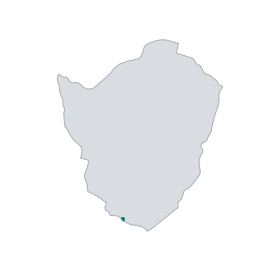 Beitbridge Urban, Matabeleland South, Zimbabwe (highlighted), rotated 15°
{"feature_id": "62879985B8135663934724", "entity_name": "Beitbridge Urban", "entity_type": "district", "adm_level": 2, "iso_a3": "ZWE", "parent_name": "Zimbabwe", "parent_adm1": "Matabeleland South", "projection": "equal_earth", "projection_center": [30.001, -22.204], "detail": "fine", "context": "in_parent", "style": "filled", "palette": "teal", "viewbox_px": 256, "rotation_deg": 15, "n_neighbors": 0, "source": "geoboundaries", "source_scale": "gbopen_adm2", "svg_char_len": 2473}
<svg xmlns="http://www.w3.org/2000/svg" viewBox="0 0 256 256"><g transform="rotate(15 128 128)"><path d="M173.3,222.8L171.4,221.2L168.9,220.2L165.6,219.7L161.4,219.9L156.2,220.8L150.6,219.7L144.7,216.8L139.7,215.7L133.8,217.0L133.5,217.0L132.5,216.0L130.9,213.9L128.2,213.5L127.5,213.0L126.9,212.2L126.5,211.1L126.3,210.0L126.7,206.4L126.5,206.0L125.8,205.6L124.3,205.1L120.7,203.5L116.3,202.0L109.0,200.2L106.2,199.8L105.5,199.3L104.7,197.9L103.3,193.8L101.9,191.1L98.8,186.9L98.3,185.6L98.4,182.3L98.6,179.6L99.0,177.3L98.8,175.2L98.7,172.5L98.8,170.7L98.4,170.0L97.3,169.4L94.0,169.2L90.1,169.3L90.0,166.6L89.6,162.4L88.8,160.0L87.9,158.7L86.1,157.4L82.4,155.6L77.5,152.9L73.2,148.9L68.3,143.8L66.7,143.0L64.9,138.3L62.1,130.2L62.2,127.5L61.8,126.2L59.1,122.2L58.5,120.1L58.0,118.0L53.7,112.2L52.3,109.7L51.1,106.4L50.0,103.8L49.1,102.7L47.9,100.9L47.0,98.9L46.6,97.4L46.9,95.4L47.3,94.0L51.3,95.4L53.6,95.5L55.3,94.8L57.4,95.8L60.0,98.4L62.8,98.9L65.8,97.3L69.8,97.8L75.0,100.4L79.2,100.9L84.3,98.6L88.7,92.1L92.9,86.0L97.1,79.0L99.6,73.3L103.2,68.6L108.1,65.1L113.0,62.1L120.6,58.4L122.1,55.3L122.6,52.0L122.6,47.3L123.0,44.3L123.8,43.0L125.1,41.9L126.7,40.5L131.7,37.0L135.9,34.7L141.0,33.2L146.6,33.2L152.0,33.2L155.0,33.2L155.1,37.7L155.3,42.7L155.9,43.2L159.9,43.3L166.4,43.6L172.7,44.0L176.7,47.6L178.0,48.4L182.2,49.4L187.5,55.4L193.9,56.0L198.2,57.9L202.1,60.0L204.3,62.5L205.8,63.0L207.7,63.2L208.7,63.5L208.4,65.3L207.1,68.3L207.3,72.6L209.0,78.7L209.2,83.9L208.6,93.2L208.6,102.1L208.8,105.3L209.0,107.4L209.4,108.6L209.3,109.9L208.2,113.6L207.4,117.6L207.3,119.2L207.0,120.3L206.4,121.2L203.6,123.1L203.1,124.2L203.1,126.2L203.4,127.9L204.5,128.6L205.7,129.5L206.2,130.8L206.2,132.2L205.8,134.7L204.7,138.8L205.7,143.5L207.0,146.6L208.7,150.2L209.3,152.4L209.3,153.9L209.0,155.5L206.4,162.0L204.6,166.0L202.3,170.3L199.3,173.0L198.5,174.3L198.2,175.8L198.3,179.1L198.1,182.4L195.5,187.6L197.1,192.1L196.7,192.5L195.9,193.1L192.2,198.2L188.5,203.3L185.7,207.0L182.7,211.2L179.2,215.9L176.2,219.9L173.3,222.8Z" fill="#d9dde1" stroke="#a8b0b8" stroke-width="1"/><path d="M145.2,216.8L145.3,217.0L145.5,217.2L145.5,217.3L145.8,217.4L145.8,217.5L146.0,217.6L146.0,217.8L146.3,217.9L146.5,218.0L146.8,218.0L147.0,218.0L147.1,218.3L147.1,218.5L147.3,218.7L147.6,218.7L147.8,218.7L147.8,217.9L147.8,216.6L147.8,216.4L147.7,216.2L147.3,216.1L147.2,216.1L146.4,215.9L145.9,216.3L145.2,216.8L145.2,216.8Z" fill="#14b8a6" stroke="#0f766e" stroke-width="1.5"/></g></svg>